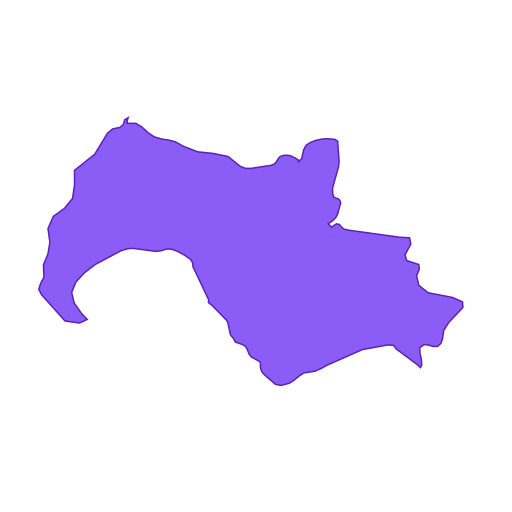 outline of Hatay, rotated 277°
{"feature_id": "TUR-2289", "entity_name": "Hatay", "entity_type": "Province", "adm_level": 1, "iso_a3": "TUR", "parent_name": "Turkey", "parent_adm1": "", "projection": "orthographic", "projection_center": [36.26, 36.42], "detail": "fine", "context": "isolated", "style": "filled", "palette": "violet", "viewbox_px": 512, "rotation_deg": 277, "n_neighbors": 0, "source": "natural_earth", "source_scale": "10m", "svg_char_len": 2138}
<svg xmlns="http://www.w3.org/2000/svg" viewBox="0 0 512 512"><g transform="rotate(277 256 256)"><path d="M377.6,112.2L377.3,112.1L374.6,111.8L372.0,112.0L373.0,120.6L369.9,127.4L365.3,133.7L361.8,140.6L360.6,148.4L360.4,155.2L359.5,162.1L356.1,170.4L352.3,185.3L352.6,201.0L351.3,216.2L342.9,229.8L341.7,235.1L342.5,240.9L347.9,260.1L349.4,262.7L351.4,264.5L355.9,266.5L357.3,267.5L358.7,269.8L359.5,272.2L359.8,274.9L359.7,278.0L357.9,283.3L356.3,286.5L355.0,286.6L357.9,289.4L367.3,290.4L371.9,292.2L375.2,296.0L375.3,296.1L378.1,301.4L380.1,307.2L381.1,312.2L381.4,320.2L379.8,323.1L359.7,327.0L354.3,327.0L332.7,323.7L327.5,324.5L324.3,325.6L323.2,327.9L322.9,330.4L321.5,332.4L319.1,333.5L317.5,333.5L315.8,333.0L308.0,332.0L304.1,330.6L300.6,328.1L297.0,323.8L293.7,327.2L297.8,332.0L297.4,335.0L295.1,337.4L293.4,340.0L292.9,345.2L292.1,396.2L292.8,406.2L286.7,408.2L275.5,403.8L269.8,406.1L267.4,418.6L262.9,419.7L256.0,417.8L246.8,421.1L240.5,431.3L238.8,456.2L235.6,466.6L234.9,466.7L230.1,467.6L213.5,455.4L205.1,451.4L196.1,451.2L191.7,450.1L188.4,447.2L187.8,443.0L188.6,438.4L188.6,433.8L185.0,429.7L179.4,430.6L173.7,432.7L168.0,433.8L165.3,432.9L168.6,428.0L181.0,406.2L184.1,403.6L183.7,397.4L176.1,373.0L156.2,339.7L152.3,334.4L148.9,328.6L145.7,317.6L141.7,313.0L137.2,308.7L133.7,304.5L130.6,296.5L131.0,290.9L138.8,279.3L141.2,276.5L144.0,274.7L147.0,273.8L150.4,273.5L151.8,272.2L155.2,263.7L157.6,261.2L162.6,258.5L165.1,256.5L166.5,253.3L168.1,245.9L171.5,243.7L172.9,242.0L174.8,240.2L186.0,236.3L188.4,234.9L201.8,218.2L203.9,214.5L206.9,214.3L237.4,194.9L241.8,193.8L244.8,191.2L248.2,184.8L251.0,177.6L252.4,172.2L252.3,167.7L251.2,164.4L249.7,161.3L248.6,157.5L248.4,155.1L248.6,132.9L247.5,127.5L244.8,121.4L228.1,97.6L218.5,87.8L208.1,80.3L197.3,77.5L187.3,81.2L177.7,89.8L172.5,96.2L168.0,89.0L168.2,74.4L191.5,47.8L196.6,44.4L202.6,45.6L209.0,48.1L221.3,46.1L232.8,49.3L244.6,49.7L257.9,46.2L270.6,50.0L279.9,60.0L290.8,66.9L304.9,67.2L318.9,65.4L337.3,83.5L359.8,93.6L364.7,98.3L367.1,105.4L370.7,108.5L375.2,109.0L377.6,112.2L377.6,112.2Z" fill="#8b5cf6" stroke="#5b21b6" stroke-width="1.5"/></g></svg>